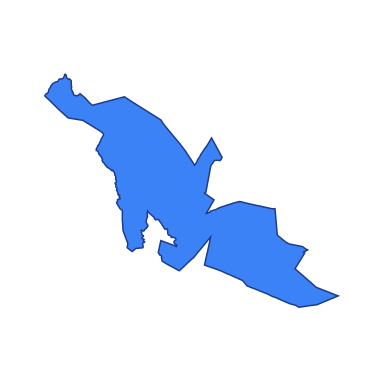 San Lucas, Chiapas, Mexico, rotated 7°
{"feature_id": "50627088B14023395668353", "entity_name": "San Lucas", "entity_type": "district", "adm_level": 2, "iso_a3": "MEX", "parent_name": "Mexico", "parent_adm1": "Chiapas", "projection": "robinson", "projection_center": [-92.743, 16.628], "detail": "fine", "context": "isolated", "style": "filled", "palette": "blue", "viewbox_px": 384, "rotation_deg": 7, "n_neighbors": 0, "source": "geoboundaries", "source_scale": "gbopen_adm2", "svg_char_len": 5931}
<svg xmlns="http://www.w3.org/2000/svg" viewBox="0 0 384 384"><g transform="rotate(7 192 192)"><path d="M258.1,278.5L264.4,280.1L269.6,281.4L270.4,281.7L271.7,282.0L274.9,282.9L279.0,283.9L285.5,286.2L287.2,286.3L293.0,288.2L302.4,290.9L305.2,291.4L308.2,291.7L311.4,293.0L312.0,293.4L325.6,289.7L329.5,288.8L349.8,277.3L327.0,271.5L303.6,255.6L311.3,238.9L309.9,238.2L313.9,235.4L311.5,234.5L308.2,232.7L294.8,231.7L291.4,230.4L288.3,228.5L281.9,224.4L276.4,198.4L273.9,198.9L251.9,196.9L240.4,195.6L235.0,197.7L222.4,203.6L220.9,204.4L218.3,206.2L217.2,206.8L212.2,209.0L212.3,209.8L209.3,211.4L208.8,211.5L214.8,197.1L204.5,191.6L205.8,190.6L207.5,163.6L210.5,157.9L213.5,157.4L216.0,157.4L216.9,156.1L217.6,153.9L210.6,144.0L204.8,136.0L201.0,144.7L199.6,146.9L197.4,151.3L196.1,153.7L195.3,156.3L193.9,158.8L192.7,162.7L191.3,165.1L188.9,162.1L180.7,152.4L174.4,145.9L162.1,134.4L154.7,127.3L152.7,124.5L150.5,123.4L124.3,111.1L113.8,106.0L113.4,105.7L82.4,118.1L79.0,115.6L74.5,111.7L69.0,108.1L66.5,110.5L66.1,110.7L65.8,110.7L64.9,110.3L63.5,110.3L63.3,110.2L62.6,110.0L62.4,109.8L62.4,109.4L62.3,109.1L62.3,108.7L62.2,108.3L61.8,107.7L61.2,107.4L61.1,106.7L60.9,106.3L60.4,105.8L60.0,105.1L59.6,104.0L59.8,102.5L59.3,101.0L59.0,99.6L58.7,96.8L58.4,96.1L58.0,95.7L57.5,95.3L56.7,94.8L56.4,95.2L56.1,95.3L55.5,95.1L55.3,94.7L55.1,94.6L54.5,94.6L53.7,94.0L53.3,92.5L52.5,90.8L52.0,90.6L51.6,90.6L51.4,90.8L51.3,91.0L51.2,91.4L51.3,91.8L51.3,92.3L51.0,92.8L50.8,93.3L50.6,93.6L50.6,94.3L50.3,94.8L49.9,95.2L49.5,95.3L49.3,95.4L48.1,95.7L47.4,95.8L46.8,96.1L46.1,96.6L45.6,98.2L45.2,98.8L44.0,99.1L43.5,99.3L42.2,100.1L41.9,100.6L41.1,101.1L40.7,101.2L40.4,101.4L40.2,101.8L40.1,102.3L39.7,103.0L39.3,103.3L38.9,104.1L38.9,104.6L38.8,105.4L37.9,106.6L37.7,107.2L37.4,108.1L37.3,108.7L37.3,110.4L37.0,110.8L36.8,111.2L36.2,111.6L36.1,111.8L35.6,112.0L35.4,112.3L35.1,112.6L34.6,113.5L34.4,114.0L34.2,114.3L34.3,114.7L39.5,118.5L50.7,127.1L60.1,133.6L74.9,134.2L94.7,143.3L97.2,145.3L97.0,146.8L96.5,147.9L96.4,148.3L96.0,149.4L95.7,150.0L95.4,150.5L95.3,150.9L95.2,152.0L94.8,152.9L94.6,153.3L94.3,154.3L94.2,155.2L93.7,156.4L93.3,156.8L92.8,157.4L92.6,158.4L92.6,158.9L92.4,159.5L92.2,160.1L91.8,160.6L91.8,161.7L92.0,162.6L92.6,162.5L93.2,162.7L93.6,162.9L94.0,163.3L94.2,163.8L94.6,164.9L94.6,165.3L95.3,166.0L95.8,166.4L96.2,166.9L97.9,168.6L98.1,169.1L98.5,169.7L98.8,170.0L99.1,170.4L99.0,170.9L98.9,171.2L98.9,171.5L99.1,171.8L99.4,172.2L99.8,173.1L100.2,173.4L101.1,173.9L101.3,174.2L101.9,174.8L102.2,175.1L102.5,175.7L103.2,176.3L104.1,177.1L105.0,177.9L105.5,178.1L106.6,178.5L107.5,179.0L108.2,179.3L108.9,180.1L109.5,180.5L109.8,180.4L110.0,180.3L110.1,180.0L110.5,179.9L110.7,180.1L111.0,180.7L111.1,181.0L111.9,181.4L112.5,181.9L112.9,183.0L112.9,183.5L113.1,184.0L113.6,184.9L114.2,185.5L114.6,186.9L114.8,187.8L114.6,188.1L114.6,188.6L114.8,189.1L115.3,189.4L115.7,190.8L115.7,191.4L115.5,191.8L115.1,192.1L114.9,192.2L114.6,192.4L114.6,192.9L114.7,193.2L114.9,193.5L115.6,193.9L115.8,194.3L115.7,196.1L116.0,196.5L116.9,197.3L117.1,197.6L117.2,198.1L117.0,198.8L116.9,199.1L116.9,199.6L117.0,199.8L117.5,200.0L117.9,200.2L118.0,200.5L118.2,201.1L118.2,201.6L118.9,202.9L118.8,203.2L118.9,203.7L119.2,203.9L120.2,203.8L120.6,204.0L120.7,204.3L120.7,204.6L120.6,204.8L120.4,205.0L120.3,205.4L120.4,206.0L121.3,206.7L121.5,207.1L121.4,207.4L121.2,207.6L121.0,207.8L120.4,208.0L119.7,208.1L119.3,208.4L119.1,208.6L119.0,208.9L119.0,209.5L119.3,210.6L119.1,211.1L118.4,211.5L118.5,212.0L118.8,212.5L119.0,212.7L122.3,217.0L125.2,219.1L126.1,227.3L128.3,238.8L134.6,251.0L134.5,253.5L134.4,253.9L134.4,254.6L134.5,255.2L139.9,258.4L142.7,255.4L143.3,254.8L149.9,253.4L150.2,252.8L150.3,252.2L149.7,251.0L149.4,249.3L149.4,248.9L149.6,248.5L149.8,248.1L150.6,247.8L151.0,247.8L151.1,247.4L150.9,247.1L150.1,246.7L149.7,246.2L149.7,245.7L150.0,245.4L150.3,245.1L150.2,244.9L149.8,244.6L149.4,244.5L148.9,244.5L148.6,244.5L148.1,244.3L148.1,243.8L148.2,243.3L148.4,242.6L148.8,242.3L149.2,241.9L149.1,241.4L148.7,241.1L148.3,241.1L147.8,240.9L147.5,240.3L147.2,239.7L146.9,238.3L146.7,237.1L146.5,236.6L146.3,236.0L146.6,235.9L147.2,236.3L148.5,236.7L149.0,236.5L149.3,236.0L149.5,235.5L149.7,234.9L150.0,234.5L150.3,234.3L150.7,234.1L150.9,233.8L151.0,233.2L152.0,232.4L152.1,232.2L152.2,231.1L152.2,230.4L152.1,230.1L151.8,229.7L151.3,229.4L150.9,228.7L150.2,227.7L150.0,227.2L150.3,223.9L150.7,222.5L150.9,222.0L150.7,221.7L150.3,218.8L150.1,218.4L149.9,218.0L150.4,216.4L150.5,216.6L150.7,216.9L151.1,217.4L152.0,217.9L152.6,218.5L153.7,219.2L153.9,219.4L154.6,219.8L157.4,221.8L158.0,223.1L158.5,223.6L158.9,223.8L159.1,224.1L159.4,224.0L159.9,223.7L160.7,223.5L160.8,223.6L161.4,223.5L162.1,223.6L162.6,223.9L162.9,224.3L163.2,224.7L163.8,225.4L164.4,225.9L169.6,232.2L171.2,231.8L171.7,231.6L171.7,231.9L171.9,232.5L172.3,232.9L172.6,233.5L172.8,235.2L172.9,235.6L173.1,236.3L173.5,237.1L174.0,237.6L174.8,237.6L175.2,237.7L176.3,238.2L176.5,238.7L176.6,239.1L176.8,239.5L177.4,239.6L178.6,239.3L179.2,239.3L180.8,239.8L181.3,240.1L181.6,240.4L181.9,241.1L181.7,241.6L181.1,242.1L180.6,242.6L180.3,243.2L180.2,243.5L180.2,244.3L180.6,245.0L181.3,245.6L182.7,246.2L183.2,246.5L183.5,246.9L183.5,247.2L183.3,247.9L167.0,244.0L165.9,256.1L166.5,257.1L167.2,257.7L167.5,258.4L169.4,259.1L169.7,259.5L169.8,260.1L169.7,260.4L169.6,261.0L169.8,261.1L170.0,261.6L170.1,262.3L170.8,264.3L175.7,266.5L177.2,267.2L182.1,269.0L186.1,270.6L186.8,271.0L189.0,271.7L192.1,268.1L195.9,263.4L200.1,258.5L201.4,257.2L202.9,254.9L205.5,250.7L208.6,246.0L209.3,244.8L211.4,241.6L212.0,240.5L213.5,238.1L215.5,235.0L216.0,234.3L215.9,235.7L215.4,241.7L215.1,244.7L214.9,246.8L214.2,253.5L213.3,263.0L226.2,265.8L228.6,266.4L230.6,266.9L232.6,267.5L235.0,268.3L237.5,269.0L239.2,269.5L239.7,269.5L241.8,270.3L252.4,273.5L253.6,274.2L256.2,276.7L258.0,278.4L258.1,278.5Z" fill="#3b82f6" stroke="#1e3a8a" stroke-width="1.5"/></g></svg>